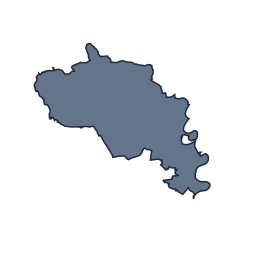 Miresu Mare, Maramures, Romania, rotated 153°
{"feature_id": "2599482B2877681477100", "entity_name": "Miresu Mare", "entity_type": "district", "adm_level": 2, "iso_a3": "ROU", "parent_name": "Romania", "parent_adm1": "Maramures", "projection": "natural_earth1", "projection_center": [23.369, 47.496], "detail": "fine", "context": "isolated", "style": "filled", "palette": "slate", "viewbox_px": 256, "rotation_deg": 153, "n_neighbors": 0, "source": "geoboundaries", "source_scale": "gbopen_adm2", "svg_char_len": 5760}
<svg xmlns="http://www.w3.org/2000/svg" viewBox="0 0 256 256"><g transform="rotate(153 128 128)"><path d="M192.3,197.5L192.1,196.9L192.1,196.3L190.7,193.8L190.3,192.6L190.6,192.3L190.0,191.3L190.2,190.9L190.9,190.0L191.0,188.9L191.4,188.1L191.5,186.8L191.4,186.5L190.5,185.9L190.0,186.0L188.9,184.0L189.2,183.3L189.0,180.9L189.3,180.0L189.0,179.5L190.3,177.4L191.0,176.8L191.8,176.3L192.3,175.2L192.5,174.3L193.3,173.0L192.3,172.6L193.3,171.5L191.8,171.0L191.1,171.7L190.0,171.6L189.9,169.5L190.1,168.0L188.6,168.4L187.2,166.2L188.3,165.5L186.5,163.5L186.1,162.6L186.1,161.7L184.6,160.4L183.6,158.6L182.5,157.7L177.6,154.4L175.1,153.3L170.8,151.0L169.8,150.7L170.3,150.1L170.2,149.8L169.3,149.2L168.6,149.7L167.8,149.9L167.7,149.4L166.2,149.1L164.6,148.4L163.1,147.4L161.9,146.3L160.0,146.0L159.7,145.8L159.0,145.8L157.8,144.8L157.6,141.2L157.4,140.4L157.0,139.6L156.8,138.8L157.5,137.9L157.4,134.0L155.9,134.0L155.9,133.4L155.6,126.6L154.3,111.8L154.4,110.5L154.9,108.8L148.2,106.8L145.6,105.5L144.4,105.2L144.0,104.7L143.6,104.1L143.4,103.7L143.2,101.9L142.9,101.7L143.0,101.5L143.0,101.1L142.8,100.8L142.5,100.2L141.8,99.5L138.0,99.6L136.3,99.2L131.4,98.4L129.5,98.4L128.9,98.6L127.8,99.2L123.5,102.5L122.7,102.7L122.3,102.6L122.0,101.9L120.8,100.1L118.6,98.9L117.9,97.6L117.1,97.0L120.4,92.6L122.6,89.2L114.7,86.3L114.3,85.4L113.7,85.1L113.6,84.7L112.8,84.2L113.2,84.0L113.4,83.5L113.3,83.3L112.9,83.3L113.2,82.8L113.2,82.4L112.9,82.1L113.0,81.9L113.4,81.1L114.0,80.4L114.6,80.7L115.6,80.4L115.6,79.9L113.5,74.6L113.9,74.0L112.3,73.2L112.0,73.9L110.5,73.2L109.7,74.5L108.7,74.9L107.7,73.1L105.9,71.9L104.2,71.2L105.1,69.5L103.4,68.8L104.6,68.1L105.4,68.0L106.1,67.2L106.6,66.0L106.1,64.5L105.5,63.6L104.7,63.1L104.7,62.9L110.0,64.9L112.3,62.4L120.1,65.3L120.5,65.0L120.6,64.4L119.5,63.4L119.9,63.0L120.0,62.8L118.2,61.8L118.1,61.4L117.6,60.8L117.6,60.2L117.2,60.0L117.5,59.5L117.0,59.3L117.5,59.0L117.9,58.4L118.1,57.0L118.3,56.5L118.1,56.1L116.6,54.6L116.5,54.3L116.5,54.0L113.4,51.9L113.6,51.4L113.9,51.1L113.2,50.7L113.6,50.1L112.2,49.7L112.1,47.9L111.3,47.3L109.4,44.0L107.9,44.5L107.4,44.8L101.4,47.4L101.1,45.8L101.4,45.0L101.1,44.0L99.8,42.4L99.3,41.6L98.7,38.7L101.1,37.1L101.0,36.9L101.5,36.2L101.8,34.9L101.4,35.8L100.3,36.8L99.1,37.7L96.7,38.6L93.6,39.0L92.0,38.8L86.5,37.0L84.5,37.4L83.0,37.9L82.0,38.6L81.4,39.2L80.8,40.1L80.6,41.0L80.8,42.0L81.5,43.4L83.4,45.0L87.1,46.9L87.8,47.4L89.8,49.8L90.5,52.3L90.4,53.2L90.0,54.6L88.7,56.7L87.6,57.8L86.2,59.9L84.8,60.8L83.9,61.2L82.1,61.5L80.5,61.5L77.7,61.1L74.9,61.0L74.3,61.0L72.2,62.1L71.4,62.7L70.6,63.5L69.7,65.6L69.4,67.0L69.4,67.8L69.7,68.5L70.1,68.5L70.5,69.9L76.3,70.1L76.0,71.0L76.1,71.4L75.8,71.8L75.6,72.3L76.2,72.6L75.1,73.0L74.0,73.3L74.9,73.8L76.7,73.8L77.3,74.0L76.8,75.2L76.8,77.3L77.0,79.3L77.0,80.7L76.7,81.9L75.1,84.5L73.9,85.8L75.3,85.9L76.5,85.6L81.6,85.9L84.5,87.1L86.9,89.4L86.3,93.0L86.0,92.9L84.7,94.7L84.0,95.2L84.9,95.3L83.5,96.9L80.4,96.6L80.5,96.0L78.6,94.4L77.3,92.9L78.6,91.8L79.0,91.1L78.9,89.8L77.8,88.2L76.1,87.6L75.9,87.6L75.2,87.9L73.5,87.2L72.9,87.0L71.7,87.4L70.0,89.0L68.2,92.5L68.5,94.2L69.0,94.8L70.7,95.7L73.3,95.3L74.6,95.3L75.9,95.7L77.0,96.2L77.8,96.7L79.0,98.5L79.5,100.0L79.5,100.8L78.6,102.7L77.4,104.0L75.9,105.2L74.0,106.5L69.4,108.6L70.2,109.6L70.9,111.2L71.0,113.3L69.9,115.5L67.6,117.9L62.7,121.0L63.9,122.1L62.9,123.3L62.7,123.9L62.8,125.0L63.4,127.4L64.6,129.2L65.6,129.9L69.8,131.2L71.2,132.1L71.8,132.9L72.1,133.6L72.5,133.8L71.2,136.6L74.7,136.0L77.2,136.7L79.7,137.9L78.6,142.3L81.6,143.1L80.7,146.9L80.6,148.2L80.2,149.0L79.9,149.9L80.3,150.6L80.8,152.2L81.2,152.9L82.1,153.9L85.8,160.1L85.9,160.5L84.1,160.6L84.0,162.4L84.1,162.5L83.3,163.0L83.0,163.5L82.6,163.8L82.6,164.1L81.0,165.0L80.3,166.8L79.2,168.2L79.1,168.7L79.5,170.2L79.5,170.8L79.3,171.1L78.8,171.5L78.5,172.1L78.6,172.5L79.0,173.1L78.9,173.2L79.2,173.3L79.4,173.6L79.4,174.1L79.7,174.4L80.8,174.7L81.3,175.4L82.7,175.4L83.9,175.8L84.6,175.7L85.5,175.9L85.7,176.6L86.4,177.1L86.9,177.2L87.4,177.8L87.8,177.9L88.3,178.5L89.7,179.2L91.1,180.9L91.6,181.0L92.4,181.7L93.0,181.8L93.3,182.2L93.6,183.0L95.3,185.2L95.9,185.3L96.6,186.0L97.5,186.2L98.2,186.9L98.9,187.1L100.5,188.6L100.9,189.3L101.3,189.8L104.6,191.2L106.2,191.1L107.1,191.4L108.7,191.5L110.9,192.9L111.5,193.5L113.3,194.3L113.3,194.8L112.8,195.5L112.6,196.3L112.5,198.2L112.6,198.5L113.5,199.5L113.7,200.1L113.5,201.0L114.2,201.8L115.7,202.3L118.0,203.2L119.8,204.2L120.3,204.7L120.8,207.5L120.5,208.7L120.0,209.3L120.0,209.7L120.3,210.6L120.4,212.1L121.2,214.0L121.3,215.4L121.9,216.3L122.1,217.0L122.8,218.5L123.3,220.2L124.1,220.4L124.6,220.8L125.5,221.1L126.7,221.1L128.5,219.4L129.4,218.0L129.4,216.3L129.8,213.9L129.9,212.2L130.4,210.3L131.1,208.9L131.1,207.8L131.4,206.5L131.0,205.8L131.0,205.3L135.7,205.3L138.6,206.2L139.2,206.8L139.5,207.3L140.7,208.2L142.6,207.9L145.8,208.4L146.7,208.3L147.7,208.6L150.3,208.2L150.6,207.6L150.7,206.9L150.6,205.8L150.3,205.2L149.8,203.5L150.0,202.8L151.6,203.8L152.1,203.9L154.5,203.2L155.6,202.7L157.0,203.5L159.5,204.3L159.5,205.4L160.5,206.3L160.1,207.1L160.4,208.0L160.5,209.0L161.0,209.7L162.1,210.6L162.8,211.5L163.7,212.1L165.2,212.5L166.5,212.3L167.2,214.1L167.2,214.7L166.8,215.1L167.3,216.0L167.6,215.9L167.6,214.1L167.5,213.4L167.6,212.9L170.4,213.8L172.4,215.1L175.2,216.0L176.6,215.9L176.8,216.1L177.2,215.8L177.1,215.5L177.3,215.5L177.8,215.7L178.2,216.4L179.4,216.4L179.6,216.2L180.0,216.3L181.6,215.2L182.2,215.9L182.6,217.2L182.8,216.7L186.8,214.8L186.4,213.6L187.4,213.2L186.9,213.2L186.7,212.9L187.3,212.3L187.7,211.7L189.7,210.6L190.9,209.6L191.6,209.4L192.4,208.1L192.6,207.3L192.3,206.0L192.9,205.1L193.3,204.3L193.3,203.9L193.2,202.6L192.9,202.0L192.3,202.4L191.4,200.6L192.3,197.5Z" fill="#64748b" stroke="#1e293b" stroke-width="1.5"/></g></svg>